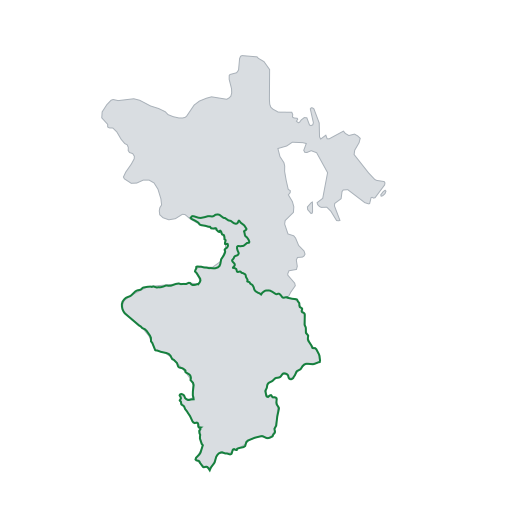 location of Gorno-Badakhshan within Tajikistan, rotated 77°
{"feature_id": "TJK-366", "entity_name": "Gorno-Badakhshan", "entity_type": "Region", "adm_level": 1, "iso_a3": "TJK", "parent_name": "Tajikistan", "parent_adm1": "", "projection": "albers", "projection_center": [72.466, 38.073], "detail": "fine", "context": "in_parent", "style": "outline", "palette": "green", "viewbox_px": 512, "rotation_deg": 77, "n_neighbors": 0, "source": "natural_earth", "source_scale": "10m", "svg_char_len": 9778}
<svg xmlns="http://www.w3.org/2000/svg" viewBox="0 0 512 512"><g transform="rotate(77 256 256)"><path d="M71.4,360.0L73.6,355.3L75.3,339.7L78.1,334.3L86.1,325.0L90.4,317.7L95.1,311.9L98.4,310.0L101.6,305.4L104.2,300.0L105.0,296.6L105.0,293.9L104.2,292.2L95.0,282.3L92.3,276.3L91.1,268.7L90.9,263.5L96.7,249.3L96.0,246.9L94.7,244.6L91.7,243.0L87.5,242.2L77.8,242.4L74.1,241.5L73.3,240.5L73.1,233.9L72.2,232.5L70.7,231.1L60.0,227.6L57.9,226.1L57.6,224.5L62.2,210.2L64.0,209.2L68.4,204.5L77.4,200.8L106.4,207.7L111.2,208.5L114.4,208.1L116.7,206.5L120.8,202.0L124.0,188.8L126.5,188.4L128.8,189.2L130.0,188.0L131.1,184.9L132.1,184.6L133.8,186.3L135.7,184.8L135.5,183.5L133.6,181.3L132.0,177.8L132.8,175.4L140.4,174.4L141.3,173.2L141.0,171.2L139.1,170.1L124.9,170.0L124.0,168.8L124.5,167.5L125.6,166.5L140.6,164.5L154.2,167.3L156.6,166.7L154.0,160.8L157.8,160.3L158.3,158.4L154.0,142.7L156.7,141.4L159.5,138.4L159.4,132.6L161.9,129.9L164.8,128.0L168.8,130.1L175.1,136.0L179.2,137.6L200.4,127.6L208.1,123.1L209.5,121.4L212.3,114.4L213.8,113.9L215.7,114.7L226.0,126.9L226.0,128.5L224.9,129.7L225.1,130.8L230.5,133.5L230.5,134.6L228.5,138.0L212.0,151.7L211.3,156.2L212.6,157.7L219.3,160.2L222.5,167.5L225.0,168.3L240.2,166.2L240.3,167.4L239.6,169.5L229.2,173.0L224.4,176.0L223.3,181.5L222.1,183.0L219.9,184.3L217.8,184.5L214.8,178.0L190.9,167.5L169.0,173.7L165.8,178.5L166.6,183.1L166.0,185.1L163.8,185.7L157.7,181.7L156.1,184.9L153.3,195.0L155.7,201.3L156.2,210.5L164.5,210.3L171.4,207.8L174.8,207.8L180.1,209.1L189.3,209.6L198.3,209.6L200.1,207.9L202.0,208.5L203.7,210.7L211.2,208.3L216.6,208.1L221.9,209.7L228.0,219.6L231.3,220.9L241.7,219.9L244.8,214.7L247.5,213.4L255.3,212.1L261.9,208.1L265.2,207.8L266.8,209.2L267.5,211.0L266.8,215.9L268.9,217.6L275.3,218.1L278.2,219.6L277.8,227.2L280.5,229.1L281.9,229.3L291.2,224.4L293.8,224.4L299.1,230.3L303.2,233.8L304.2,233.3L306.1,229.5L309.6,225.4L320.0,222.8L323.8,222.2L335.5,223.8L347.4,223.7L353.7,222.8L358.8,220.3L361.4,218.3L365.5,217.1L373.6,217.7L373.9,221.1L372.6,232.0L376.9,240.1L382.3,246.7L382.8,248.8L382.3,250.6L379.0,252.4L377.9,254.3L377.4,256.4L378.4,258.7L380.4,266.4L382.9,272.4L386.4,275.2L391.6,277.0L394.4,276.5L396.3,272.0L399.6,268.6L407.0,268.5L419.1,272.2L431.0,277.7L434.5,280.9L435.8,284.5L432.8,293.0L433.0,298.4L433.9,304.1L436.7,308.3L439.4,315.5L440.1,321.5L442.1,325.4L440.1,336.6L441.3,338.4L450.9,346.1L452.1,350.3L450.1,353.1L446.6,356.4L440.6,360.6L432.1,352.7L428.4,350.3L421.4,351.3L412.3,349.1L407.7,349.4L404.8,352.3L403.0,355.1L398.4,356.0L381.5,361.8L376.5,361.4L375.2,359.9L376.3,358.0L379.8,355.5L380.6,352.4L379.9,349.7L367.5,346.4L362.4,347.0L353.6,350.6L337.3,359.9L330.2,366.1L325.0,375.4L309.5,378.4L298.8,383.8L287.8,392.4L280.5,397.1L276.9,397.7L273.4,396.8L269.8,394.5L266.4,387.1L261.5,368.7L265.6,337.9L267.8,325.4L269.6,320.9L269.8,317.9L268.2,316.4L264.9,316.5L259.9,318.1L256.3,318.3L254.2,317.2L254.5,311.4L257.2,300.9L253.4,291.9L243.1,284.6L234.3,281.9L227.0,284.0L220.8,289.6L215.6,298.8L210.3,306.2L204.8,312.0L199.7,315.8L198.8,318.3L201.5,326.2L201.1,332.8L197.8,338.0L194.2,340.5L190.3,340.1L187.3,338.8L185.0,336.5L178.9,335.8L168.8,336.5L161.9,338.9L158.0,343.1L156.7,348.8L158.1,355.8L157.1,361.2L151.2,366.9L149.2,367.4L144.9,364.0L138.4,356.8L133.9,352.8L131.4,352.1L128.5,353.1L126.7,356.0L124.5,356.8L121.5,356.0L118.7,356.5L116.9,358.6L112.1,361.1L103.8,363.7L99.1,366.7L98.2,370.1L96.9,371.5L94.4,370.9L86.7,375.2L81.0,373.5L74.9,367.2L71.6,362.1L71.4,360.0ZM227.0,192.8L222.5,195.2L219.8,194.9L216.4,190.1L216.1,188.9L225.1,190.8L226.8,191.5L227.0,192.8ZM225.9,120.6L224.5,120.7L221.9,117.6L221.0,115.4L222.1,114.8L224.3,116.3L225.8,119.0L225.9,120.6Z" fill="#d9dde1" stroke="#a8b0b8" stroke-width="1"/><path d="M367.6,216.6L372.2,217.1L373.7,217.8L373.6,219.0L374.2,222.8L374.3,224.1L374.2,225.1L372.7,229.7L372.3,231.6L372.6,233.5L373.8,235.5L376.0,237.6L376.5,238.5L377.3,241.8L377.8,242.6L380.9,244.9L382.6,246.7L383.3,247.2L383.8,248.3L384.0,249.4L383.7,250.4L383.0,251.2L381.9,251.6L379.5,251.6L378.4,252.2L377.7,252.9L377.0,254.0L376.6,255.1L376.7,256.3L377.4,257.3L378.9,258.9L379.4,259.8L379.6,261.1L379.3,263.9L379.5,264.9L381.4,268.0L381.7,268.9L382.3,271.6L382.7,272.6L383.7,273.7L384.6,274.2L386.4,274.9L387.3,275.4L388.9,276.8L389.7,277.3L394.6,277.4L395.4,277.1L396.1,276.0L395.6,275.0L395.0,274.0L394.9,272.7L395.3,272.4L397.3,271.7L397.6,271.2L397.8,269.6L398.5,268.5L399.2,268.0L400.1,268.0L403.2,269.1L404.2,269.2L405.3,269.2L408.8,267.9L409.9,268.0L417.2,271.4L425.9,274.5L428.5,276.9L429.7,277.0L430.8,276.9L431.8,277.1L432.6,277.6L433.9,279.4L435.2,280.2L435.5,280.6L436.2,283.6L436.2,284.9L436.0,286.1L435.4,287.2L433.3,289.7L432.8,290.7L432.7,291.9L432.8,298.1L434.0,305.5L435.1,307.3L438.7,309.3L439.4,311.1L439.3,315.2L439.5,317.3L439.6,317.7L440.7,318.4L440.6,318.9L439.7,320.3L439.4,320.5L439.2,320.8L439.3,321.7L439.6,322.2L440.0,322.5L442.6,323.9L443.3,324.5L443.5,325.7L443.3,326.3L441.9,328.7L441.5,330.4L439.6,333.2L439.5,334.5L440.0,336.7L441.3,338.6L442.8,340.0L447.6,342.6L448.5,343.4L451.2,346.7L452.7,348.1L454.4,349.3L451.9,350.2L450.7,350.8L450.1,351.9L450.1,354.4L449.6,355.1L444.9,357.1L443.6,357.3L442.7,357.9L441.7,360.1L440.7,360.7L439.1,359.8L436.6,355.8L435.1,354.3L428.4,350.4L426.9,351.2L421.3,351.7L418.9,351.1L417.8,350.6L415.9,351.0L413.8,350.7L413.3,350.5L412.5,349.3L412.0,349.0L411.4,349.0L410.9,349.5L410.6,348.6L410.0,350.4L408.7,350.6L407.2,350.2L405.9,350.2L405.0,351.1L405.0,353.4L404.1,354.5L402.8,355.1L397.1,356.3L393.2,357.8L392.1,358.1L389.2,359.5L387.0,359.8L386.0,360.1L384.0,362.0L383.3,362.2L381.3,361.9L380.8,362.1L380.0,362.7L379.5,362.8L377.9,361.2L376.9,361.1L374.7,361.8L373.9,361.3L373.6,359.9L374.3,358.7L375.3,357.7L376.4,357.3L378.4,357.1L379.1,356.7L380.0,355.9L380.9,354.9L381.2,353.9L381.2,351.2L381.6,349.0L379.7,348.8L377.5,348.9L373.9,348.0L367.7,345.8L365.4,345.9L362.2,347.7L361.3,347.4L360.4,346.9L359.2,346.8L357.9,346.9L356.9,347.3L356.1,347.9L353.6,350.6L353.0,350.9L351.9,350.5L351.5,350.6L349.5,352.2L348.7,353.2L347.8,355.1L347.2,356.0L346.2,356.7L342.5,357.1L338.8,359.4L337.7,360.8L336.4,361.2L334.0,361.7L331.9,363.0L330.4,365.1L328.0,370.2L325.8,373.6L325.5,374.8L325.0,375.4L317.3,376.6L315.6,377.5L312.0,376.8L309.6,377.3L304.4,379.4L302.3,380.8L300.6,383.1L298.8,384.1L297.4,385.6L282.3,396.8L280.2,397.6L277.7,398.1L275.1,398.0L272.7,397.5L270.5,396.3L268.8,394.4L268.1,393.3L267.5,392.1L267.2,390.7L266.8,387.7L266.3,386.4L263.4,381.6L263.0,380.4L262.8,379.0L262.9,376.3L262.7,375.6L261.5,373.5L261.4,372.7L261.6,368.7L262.0,366.1L262.3,365.1L262.7,364.5L262.5,363.0L264.4,359.7L264.5,357.9L264.8,357.1L265.0,355.7L264.9,353.0L264.5,350.5L264.7,349.5L265.3,348.1L265.8,345.5L265.2,340.2L265.4,337.4L266.5,335.6L266.9,333.0L267.6,330.3L267.0,327.6L267.4,326.4L269.3,325.2L270.1,324.1L270.3,322.9L270.4,321.4L270.2,319.2L270.6,318.7L269.0,316.8L267.5,315.7L265.6,315.5L259.4,317.6L257.4,318.9L256.3,318.4L254.4,316.8L253.8,316.7L253.4,316.8L253.2,316.7L253.0,315.9L253.1,315.2L253.6,313.7L254.0,312.0L255.5,309.2L256.3,306.5L257.2,304.7L257.6,302.8L258.5,300.0L258.8,298.5L258.5,295.6L257.4,293.7L255.6,292.5L251.4,290.7L248.3,287.4L246.4,285.9L245.0,285.1L244.3,285.0L243.0,285.2L242.4,284.7L242.1,284.2L241.4,282.5L240.4,281.4L239.8,281.1L239.2,280.9L238.0,280.9L237.6,281.4L237.7,282.9L237.2,283.5L236.0,283.2L233.9,282.1L233.3,282.2L232.8,282.8L232.5,283.0L230.7,282.5L229.1,282.5L228.3,282.7L227.3,284.2L224.3,284.5L223.3,285.1L223.3,285.5L224.3,286.3L223.9,287.1L221.6,288.6L220.4,288.5L220.0,288.8L219.7,289.4L219.7,291.2L219.0,293.4L217.2,294.2L216.7,295.8L215.1,298.7L213.7,302.3L213.0,303.4L212.5,303.9L210.7,304.6L210.2,305.0L207.9,307.3L205.5,310.3L205.1,310.6L204.1,311.1L202.9,309.4L202.9,308.7L203.5,307.3L205.7,303.6L206.4,301.7L206.5,300.9L206.6,297.3L206.4,293.9L206.9,291.8L207.5,290.3L207.7,289.2L207.3,287.5L206.8,286.6L206.7,286.1L206.9,283.9L207.7,282.3L211.2,279.4L211.8,278.6L212.0,277.7L215.1,274.9L216.1,272.7L218.5,270.7L219.1,270.1L220.0,268.6L220.1,267.7L219.9,266.9L219.4,266.2L217.9,265.1L217.7,264.7L217.9,264.4L220.1,263.4L223.0,261.0L223.7,260.5L227.3,259.2L227.9,259.4L228.5,260.2L229.0,261.8L229.3,262.1L231.3,262.0L232.9,262.1L234.2,261.9L235.9,260.6L238.4,259.6L240.5,259.3L241.1,259.5L241.5,259.9L241.3,261.8L243.1,265.4L243.3,266.3L243.1,267.7L243.0,269.1L242.3,270.9L242.3,271.6L242.7,272.3L244.3,272.8L246.5,272.7L249.1,272.2L249.7,272.3L250.3,272.8L250.9,273.5L251.2,274.5L251.3,275.8L251.5,276.7L252.0,277.4L253.4,278.4L254.6,280.1L255.0,280.3L255.5,280.3L256.4,280.0L258.6,278.7L259.5,278.6L260.2,278.8L260.8,279.3L261.3,279.9L262.0,281.0L262.4,281.0L263.0,279.5L264.2,278.2L264.9,278.1L266.5,278.1L266.9,278.0L267.3,277.7L267.5,277.1L267.5,275.3L267.7,274.7L268.0,274.4L269.1,273.9L269.8,272.5L271.4,270.7L271.8,270.5L272.7,270.4L274.2,270.5L277.2,269.6L277.9,269.7L278.5,270.2L278.8,270.2L279.1,269.9L279.8,268.6L280.2,268.2L281.8,267.7L283.0,266.4L283.7,265.9L285.9,265.3L288.4,265.2L290.2,264.4L292.3,262.3L293.2,260.9L294.7,259.7L293.2,258.1L292.1,255.6L291.9,254.7L291.9,253.8L292.1,253.2L292.3,251.8L292.9,250.1L294.5,248.2L297.3,245.5L297.8,244.8L297.9,244.2L297.7,242.9L297.9,242.2L298.2,241.7L299.9,240.6L301.6,239.9L302.3,239.5L302.7,238.9L302.9,238.3L302.9,236.4L303.1,235.0L303.7,234.9L305.8,230.4L307.0,226.9L307.6,225.9L308.5,225.6L309.6,225.4L311.4,224.5L312.3,224.5L314.0,224.9L315.6,224.8L317.2,223.1L317.8,222.9L318.5,223.1L319.8,223.9L320.6,223.9L321.2,223.6L322.1,222.4L322.6,221.9L323.5,221.6L324.4,221.7L333.7,224.1L334.4,224.1L336.6,223.6L337.6,223.7L341.7,224.6L342.4,224.6L344.9,223.2L345.5,223.1L347.0,223.7L348.8,224.2L350.4,224.1L355.5,222.2L358.3,221.7L358.7,221.0L358.8,220.1L359.1,219.1L360.4,218.2L365.8,216.8L367.6,216.6Z" fill="none" stroke="#15803d" stroke-width="2"/></g></svg>